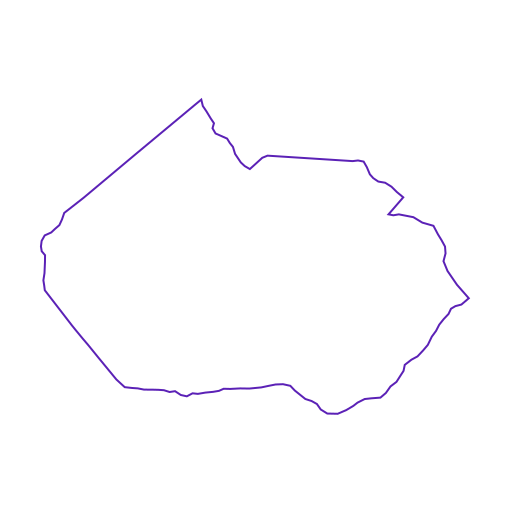 Carnaubal, Ceará, Brazil (Albers equal-area conic projection), rotated 184°
{"feature_id": "56859067B53334562324316", "entity_name": "Carnaubal", "entity_type": "district", "adm_level": 2, "iso_a3": "BRA", "parent_name": "Brazil", "parent_adm1": "Ceará", "projection": "albers", "projection_center": [-41.024, -4.14], "detail": "fine", "context": "isolated", "style": "outline", "palette": "violet", "viewbox_px": 512, "rotation_deg": 184, "n_neighbors": 0, "source": "geoboundaries", "source_scale": "gbopen_adm2", "svg_char_len": 1620}
<svg xmlns="http://www.w3.org/2000/svg" viewBox="0 0 512 512"><g transform="rotate(184 256 256)"><path d="M113.2,324.8L119.9,329.6L125.7,334.6L132.3,338.1L139.2,338.8L144.4,341.8L148.1,345.4L151.6,352.3L155.2,357.7L160.9,358.4L166.2,357.4L251.5,356.9L256.6,354.4L262.8,347.9L268.2,342.3L273.5,344.9L277.7,348.3L284.0,356.4L286.6,363.2L290.0,366.9L293.0,371.1L304.9,375.4L308.3,380.4L307.2,385.5L310.7,390.0L315.5,396.8L319.5,401.9L321.5,408.2L327.1,402.9L381.6,350.7L432.0,302.1L450.3,285.6L452.1,278.9L454.3,273.1L458.5,268.9L461.9,265.2L468.2,261.8L470.9,256.1L471.2,250.5L470.1,245.8L466.5,242.1L466.1,235.3L465.8,224.1L466.4,216.9L465.3,212.1L464.3,207.1L434.6,173.7L430.7,169.5L422.8,161.2L417.5,155.8L406.1,143.6L386.7,123.1L377.8,116.0L370.5,115.7L364.7,115.7L358.3,114.9L350.7,115.4L344.0,115.7L338.5,115.7L332.7,114.3L327.3,115.5L321.3,112.1L315.2,111.2L309.7,114.6L304.4,114.4L297.0,116.2L289.3,117.5L283.5,118.9L279.0,121.3L272.4,121.6L262.6,122.8L253.4,123.3L241.5,125.3L234.5,127.3L227.5,129.2L220.1,130.0L212.7,128.9L207.9,124.5L196.8,116.8L190.4,115.2L184.9,112.6L180.7,107.4L173.9,103.8L163.5,104.3L155.2,108.6L148.4,113.3L144.5,116.8L137.6,120.9L130.9,122.1L122.0,123.4L116.9,128.4L112.7,135.3L107.1,140.2L103.5,146.8L100.8,151.7L100.0,157.8L93.7,163.4L87.9,167.1L82.9,173.2L78.4,179.3L75.0,187.8L71.2,193.8L68.4,200.3L64.4,206.1L59.9,211.6L57.8,217.0L53.6,219.9L47.7,221.9L40.8,228.7L53.5,241.3L63.9,254.4L68.6,263.9L67.1,271.8L68.1,278.6L72.0,284.7L76.0,290.3L81.1,298.5L92.4,300.9L101.7,305.7L116.4,307.5L121.8,306.2L126.7,306.8L113.2,324.8Z" fill="none" stroke="#5b21b6" stroke-width="2"/></g></svg>